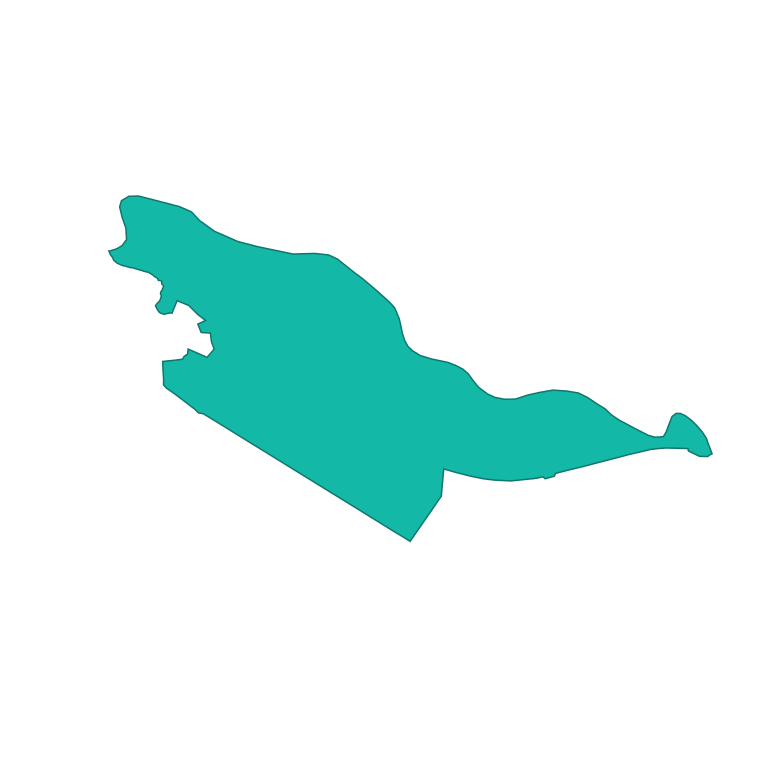 Strenči, Strencu, Latvia (Equal Earth projection), rotated 210°
{"feature_id": "27541924B77919484434433", "entity_name": "Strenči", "entity_type": "district", "adm_level": 2, "iso_a3": "LVA", "parent_name": "Latvia", "parent_adm1": "Strencu", "projection": "equal_earth", "projection_center": [25.697, 57.627], "detail": "fine", "context": "isolated", "style": "filled", "palette": "teal", "viewbox_px": 768, "rotation_deg": 210, "n_neighbors": 0, "source": "geoboundaries", "source_scale": "gbopen_adm2", "svg_char_len": 2966}
<svg xmlns="http://www.w3.org/2000/svg" viewBox="0 0 768 768"><g transform="rotate(210 384 384)"><path d="M65.0,487.6L68.4,490.4L73.7,494.7L77.6,498.1L84.4,501.6L92.8,504.5L100.1,506.3L107.1,507.2L112.6,506.7L116.4,504.5L118.3,499.8L116.9,490.7L115.7,483.5L115.7,478.2L119.1,475.7L123.1,473.3L129.4,471.7L142.6,471.0L162.5,470.3L171.8,471.0L179.8,473.0L189.5,473.3L201.3,474.1L211.2,473.4L222.4,469.2L234.6,463.2L244.7,454.8L253.8,446.5L262.0,437.4L262.6,436.7L272.1,431.0L281.1,427.9L289.3,427.1L294.7,427.8L295.0,427.8L300.6,428.5L309.0,431.7L316.3,435.0L323.3,436.3L331.4,435.9L339.3,434.7L355.8,429.3L366.8,426.8L375.8,427.0L382.0,428.5L387.8,432.0L393.2,436.8L398.2,442.5L403.4,448.1L412.7,455.2L420.0,457.6L434.1,460.6L443.9,462.5L455.9,464.6L462.0,465.3L464.8,465.6L470.9,466.5L475.7,467.2L486.6,468.9L496.4,468.1L509.2,462.5L527.7,451.1L561.6,439.9L581.8,434.3L607.3,431.5L625.3,433.3L636.8,436.8L650.2,435.3L654.7,434.0L670.4,429.7L679.0,427.3L690.7,424.0L698.8,419.0L703.0,411.5L701.5,405.2L694.0,397.3L685.5,390.0L679.2,380.4L680.0,372.9L683.1,367.4L688.0,362.1L688.8,361.6L685.5,359.2L682.1,357.7L680.1,356.1L675.5,355.2L668.6,356.0L667.9,356.6L665.7,357.0L661.7,358.0L660.1,358.9L654.6,360.1L651.8,360.9L650.3,361.3L648.5,361.5L643.6,363.0L638.7,362.8L636.2,362.3L633.0,362.3L631.2,360.9L629.2,361.8L627.8,361.8L627.3,360.7L626.5,359.6L624.1,358.8L623.7,358.5L623.2,354.1L623.3,352.4L623.3,351.9L622.7,350.4L622.2,350.0L620.8,349.0L619.8,344.0L621.0,339.2L621.0,337.4L617.8,335.4L617.3,335.1L616.9,334.8L616.2,334.5L615.6,334.2L615.3,334.0L614.6,333.8L614.2,333.8L613.6,333.8L613.4,333.7L612.9,333.7L612.6,333.7L612.0,333.8L611.8,333.8L611.2,334.0L610.3,334.1L609.9,334.3L609.4,334.5L609.2,334.6L608.8,335.0L608.5,335.2L608.2,335.4L607.3,336.4L606.1,337.3L604.0,339.3L603.0,339.3L604.8,352.7L592.4,354.4L579.6,351.0L570.3,349.8L575.2,342.8L568.1,337.2L559.8,341.3L554.7,334.5L548.5,329.2L550.6,318.6L568.7,316.6L571.1,316.3L569.1,311.6L570.9,307.9L570.9,305.4L571.3,304.4L576.8,300.2L583.9,295.1L586.9,292.9L582.7,286.1L577.4,278.2L574.5,273.0L570.1,271.6L563.7,271.1L558.8,270.6L556.5,270.3L535.6,267.6L530.2,266.2L525.5,267.9L495.9,267.1L468.1,266.2L459.4,266.0L396.1,264.1L393.5,264.0L388.9,263.9L383.1,263.7L372.5,263.4L368.8,263.3L348.6,262.7L347.6,262.8L345.7,262.6L345.3,262.6L322.2,261.9L318.2,261.8L316.6,261.7L300.4,261.2L297.5,261.2L282.7,260.8L281.0,282.0L280.3,290.3L279.6,298.4L279.6,298.9L278.6,311.8L278.3,315.5L279.7,318.6L282.0,323.4L285.9,331.9L286.5,333.2L289.8,340.3L278.5,343.1L263.8,347.2L250.6,351.6L240.3,356.0L225.5,363.6L210.6,374.4L208.3,376.0L207.6,376.5L204.4,379.0L200.0,383.1L199.2,383.0L197.7,382.6L197.1,382.5L196.4,383.1L196.3,383.3L190.4,389.3L190.5,389.9L190.7,392.4L180.7,402.2L170.7,411.7L162.2,420.1L153.4,428.8L145.1,436.9L136.7,445.3L120.3,460.7L113.8,465.5L107.6,469.7L88.6,480.0L86.8,478.2L74.5,479.1L67.3,483.1L66.6,485.2L66.2,485.7L65.0,487.6Z" fill="#14b8a6" stroke="#0f766e" stroke-width="1.5"/></g></svg>